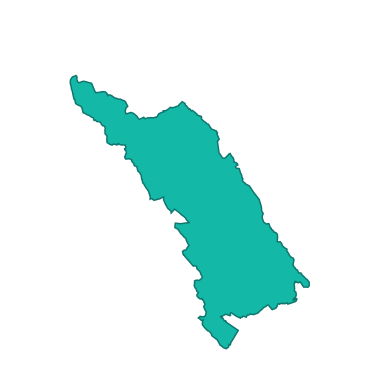 outline of Musatesti, Arges, Romania, rotated 334°
{"feature_id": "2599482B8731048337259", "entity_name": "Musatesti", "entity_type": "district", "adm_level": 2, "iso_a3": "ROU", "parent_name": "Romania", "parent_adm1": "Arges", "projection": "albers", "projection_center": [24.756, 45.196], "detail": "fine", "context": "isolated", "style": "filled", "palette": "teal", "viewbox_px": 384, "rotation_deg": 334, "n_neighbors": 0, "source": "geoboundaries", "source_scale": "gbopen_adm2", "svg_char_len": 6088}
<svg xmlns="http://www.w3.org/2000/svg" viewBox="0 0 384 384"><g transform="rotate(334 192 192)"><path d="M141.9,308.1L143.1,308.4L143.8,310.9L144.5,311.8L145.9,312.0L144.8,313.0L143.3,315.3L143.2,316.4L144.1,320.3L145.3,323.7L146.1,324.2L146.9,326.3L147.2,328.3L147.0,328.9L146.9,330.1L149.9,336.0L150.2,342.1L150.9,343.0L152.0,345.7L154.1,347.9L156.9,347.3L158.4,345.3L158.7,346.1L159.5,346.1L160.7,344.6L172.9,336.7L165.6,323.9L165.9,323.5L165.7,322.4L164.6,322.1L164.3,318.2L163.3,317.9L163.1,316.5L166.0,316.8L168.7,316.6L171.8,319.8L172.7,319.6L172.9,318.1L174.3,317.6L177.4,323.1L180.3,326.6L180.9,326.1L182.5,326.5L183.6,325.9L185.9,328.3L187.7,326.8L189.1,327.4L190.3,327.4L190.7,327.1L193.6,329.2L198.5,329.7L200.9,328.7L204.3,327.9L205.5,327.2L208.4,327.3L210.2,326.6L211.1,327.3L211.4,328.3L211.5,329.4L212.0,330.2L212.1,332.2L212.6,332.9L213.0,332.7L214.1,333.1L216.8,333.1L218.4,332.0L219.9,330.4L220.9,330.2L221.4,331.2L222.8,331.1L224.2,331.5L224.2,332.0L224.9,332.0L226.4,333.1L228.8,333.4L229.0,333.7L229.0,334.8L236.6,335.8L237.8,335.6L239.3,334.4L239.2,333.7L235.5,333.7L235.4,333.3L237.2,332.2L238.6,332.3L240.5,330.3L241.5,327.6L240.8,326.4L241.0,325.1L242.0,323.6L242.1,322.9L242.7,321.8L243.2,319.9L245.2,317.6L245.6,317.7L245.8,318.7L246.4,318.5L247.6,320.2L249.9,320.3L250.7,326.4L254.7,328.4L255.7,328.0L256.5,327.3L257.3,325.1L257.8,324.5L257.1,321.2L256.1,319.4L255.8,318.0L254.4,314.3L254.5,312.8L253.8,312.2L252.6,311.6L252.3,311.1L252.6,308.4L252.1,307.9L251.4,306.7L251.5,306.0L251.3,304.9L250.6,303.2L251.0,302.4L250.9,301.6L253.9,297.8L253.8,296.9L254.1,296.0L253.6,295.6L252.4,293.7L251.8,291.6L251.9,289.9L251.4,286.5L251.6,285.7L252.2,285.3L252.3,285.0L251.0,283.1L249.7,280.4L250.0,277.5L249.4,275.2L247.6,274.8L246.8,274.0L248.8,270.7L250.1,267.8L250.1,267.2L249.8,265.8L248.6,264.2L247.9,263.8L248.0,262.6L247.8,261.6L246.9,260.5L247.3,259.7L247.2,259.0L246.7,258.0L247.3,254.5L246.8,253.9L244.7,253.3L243.2,250.4L243.7,246.4L244.5,244.3L245.8,243.4L246.6,242.4L246.3,240.5L246.1,240.1L247.8,235.9L249.1,228.1L247.2,219.2L246.2,211.7L243.6,208.1L243.6,207.3L242.5,205.4L242.5,203.4L243.1,202.7L243.5,202.6L243.4,200.7L244.0,198.8L244.0,195.5L244.7,191.9L244.3,191.3L242.8,190.5L242.1,189.6L242.0,189.1L242.2,188.3L243.7,187.7L245.0,187.8L245.2,187.2L245.2,186.6L244.8,186.3L244.6,185.1L243.9,184.5L243.5,183.8L243.1,183.7L243.1,182.5L243.4,182.1L243.9,180.8L243.8,179.5L244.0,179.0L243.7,178.6L243.2,176.6L243.2,174.1L242.3,174.0L237.3,175.8L235.9,175.9L234.4,174.9L233.5,168.5L237.0,157.7L239.6,156.4L239.9,150.3L240.8,150.1L240.6,147.8L237.0,143.8L237.0,142.6L236.7,141.6L236.8,140.8L236.4,139.6L236.6,138.7L236.3,138.1L235.3,137.3L234.9,135.6L233.9,134.1L232.6,130.9L232.7,130.0L233.5,128.7L233.2,127.8L230.6,125.4L230.6,124.1L230.3,123.8L229.6,121.7L228.8,120.6L228.8,120.0L228.0,118.8L227.0,118.8L226.5,116.5L226.1,116.0L225.5,116.1L224.8,112.2L224.3,112.0L224.3,111.2L224.1,110.5L224.5,109.8L224.4,109.1L222.7,106.5L221.1,107.2L218.8,107.7L218.5,108.1L217.5,108.6L211.8,107.9L209.6,106.4L206.8,107.2L204.3,107.4L201.8,106.5L201.8,107.5L200.2,107.2L196.5,107.1L193.0,109.4L192.5,108.9L189.8,108.4L187.4,107.0L186.1,106.7L185.2,106.0L183.4,105.9L181.4,105.1L181.4,103.7L176.7,103.7L176.0,102.4L175.7,99.7L174.5,97.0L174.0,95.9L172.4,94.1L171.9,93.7L167.1,93.0L167.1,90.9L168.2,89.0L169.4,87.7L171.8,86.8L171.7,81.4L170.5,79.6L169.8,79.2L168.1,76.9L166.8,76.5L165.1,74.6L164.2,74.2L162.9,72.1L162.4,70.8L161.1,69.0L159.7,68.4L158.8,68.6L159.0,67.7L158.8,67.1L158.6,67.1L158.8,66.6L158.2,64.3L155.7,62.6L151.8,61.6L148.8,60.3L149.4,50.3L143.3,45.0L141.5,44.5L139.3,44.5L138.0,43.9L137.7,43.2L137.7,40.8L138.3,39.4L138.8,38.8L139.1,37.3L138.7,36.4L136.8,36.5L135.9,36.1L134.0,36.6L131.8,38.0L130.1,41.3L129.7,44.1L128.9,46.2L128.6,49.0L126.8,56.0L126.7,57.2L127.2,57.9L127.3,58.3L126.8,58.9L126.7,60.0L126.4,60.5L126.2,61.5L127.1,63.1L129.8,66.3L129.9,68.6L128.9,72.8L129.1,73.4L130.1,74.1L131.4,76.3L133.3,78.3L133.9,79.7L135.5,81.7L135.8,82.6L135.4,83.7L135.4,84.8L136.9,85.1L137.1,86.5L137.3,86.9L139.1,88.0L140.2,89.2L140.4,89.8L140.2,91.2L140.5,92.5L140.9,93.4L141.6,93.8L142.2,94.8L142.1,96.5L140.8,98.3L140.2,100.0L139.4,101.3L140.1,104.1L140.0,104.7L138.0,108.5L137.4,110.4L139.0,113.1L140.7,114.8L141.5,114.5L143.3,115.0L144.0,115.4L144.6,116.4L145.1,116.8L146.4,116.8L146.7,116.0L146.9,116.1L147.4,116.9L148.0,117.4L148.0,117.8L149.6,119.1L150.7,119.4L152.5,120.6L152.0,123.4L150.4,123.6L150.5,124.4L150.1,124.7L150.8,125.6L150.2,128.0L149.4,128.9L148.9,128.9L147.5,130.7L147.0,130.8L146.7,131.6L146.8,133.3L150.3,134.7L152.0,137.0L151.5,137.4L151.4,138.4L152.2,141.1L151.7,142.2L151.8,143.3L152.8,143.9L153.4,145.4L153.2,146.9L152.8,147.6L152.9,148.8L152.5,149.7L153.2,150.9L153.6,152.3L153.4,153.1L153.6,153.3L153.6,154.8L152.3,158.8L152.4,160.0L151.7,162.0L152.3,164.0L152.2,165.4L153.2,172.1L152.4,178.0L151.2,180.1L152.5,180.1L153.0,180.5L154.2,182.8L160.1,184.0L164.2,183.9L163.0,186.9L162.8,191.7L163.1,196.1L164.7,200.0L164.1,201.7L168.8,199.8L170.9,203.7L172.0,206.2L172.2,207.1L173.5,209.7L173.8,210.0L174.7,212.3L174.9,215.2L175.6,216.7L176.0,218.2L167.9,215.5L163.3,212.7L161.0,216.5L163.0,219.1L163.8,224.9L164.9,227.1L164.8,228.0L165.2,229.1L165.9,230.5L166.0,231.2L165.6,234.5L165.8,238.9L163.4,239.8L162.3,240.8L160.9,241.4L159.3,240.9L157.5,241.2L156.7,244.3L156.9,245.3L157.5,245.7L157.3,246.4L160.7,259.2L162.7,259.8L163.5,260.7L162.8,263.2L164.1,266.7L164.2,268.6L163.9,269.6L164.1,272.4L163.8,273.2L162.3,274.1L161.2,274.1L160.5,274.5L159.4,274.6L158.2,273.5L157.1,273.3L156.7,273.0L155.3,273.1L155.4,273.5L155.1,274.1L154.5,274.5L154.1,275.3L153.9,276.2L153.1,276.7L152.7,279.5L153.2,280.3L152.9,282.6L152.9,283.7L153.4,284.5L153.6,285.2L151.2,286.6L150.9,287.7L151.3,289.6L152.0,291.1L152.6,291.7L153.5,292.0L153.2,292.2L153.4,292.4L154.0,292.2L154.6,293.0L154.3,293.6L154.4,294.3L154.8,295.3L154.4,296.2L154.6,298.2L154.4,298.8L153.2,299.4L152.3,300.2L152.0,302.6L152.2,306.0L150.6,308.2L149.3,309.2L148.5,309.4L146.4,308.7L144.9,307.3L141.9,308.1Z" fill="#14b8a6" stroke="#0f766e" stroke-width="1.5"/></g></svg>